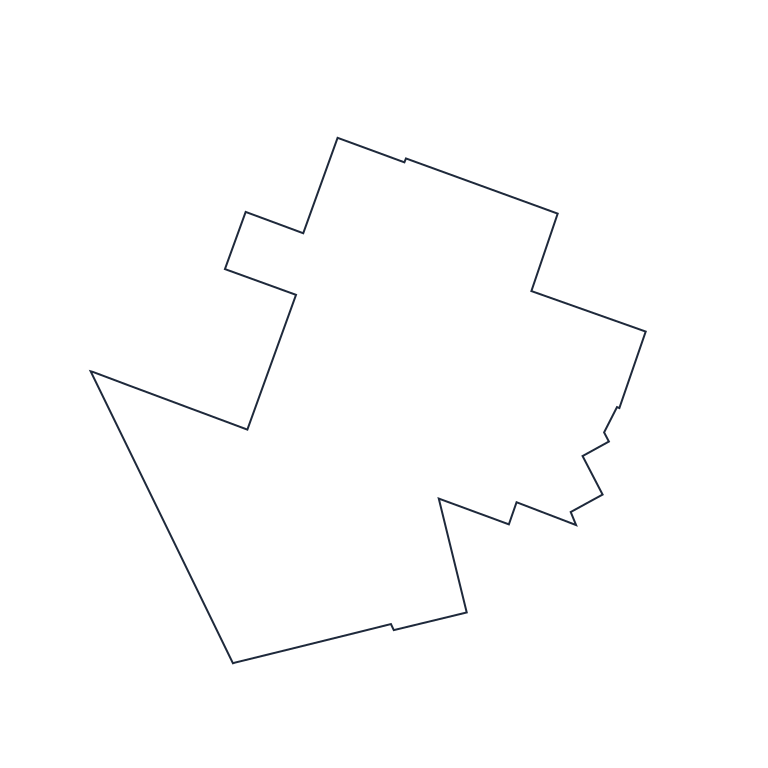 General Pinto, Buenos Aires, Argentina, rotated 244°
{"feature_id": "61730980B27788441407365", "entity_name": "General Pinto", "entity_type": "district", "adm_level": 2, "iso_a3": "ARG", "parent_name": "Argentina", "parent_adm1": "Buenos Aires", "projection": "robinson", "projection_center": [-62.056, -34.684], "detail": "fine", "context": "isolated", "style": "outline", "palette": "slate", "viewbox_px": 768, "rotation_deg": 244, "n_neighbors": 0, "source": "geoboundaries", "source_scale": "gbopen_adm2", "svg_char_len": 634}
<svg xmlns="http://www.w3.org/2000/svg" viewBox="0 0 768 768"><g transform="rotate(244 384 384)"><path d="M599.3,335.1L557.0,291.4L502.7,344.0L402.9,241.2L494.8,153.8L522.2,127.9L523.2,126.8L524.0,125.9L523.1,125.9L520.3,125.9L345.2,125.9L200.1,125.8L199.2,125.8L199.0,127.3L198.9,128.0L190.5,166.8L171.5,255.3L165.2,285.0L158.5,284.9L142.4,358.2L257.0,383.0L203.1,434.7L219.6,451.3L173.0,494.8L187.1,495.7L188.8,532.0L232.2,530.9L233.7,560.9L244.0,560.6L261.1,583.3L259.2,585.0L316.4,642.2L402.9,557.2L461.0,614.8L577.1,502.6L574.3,499.5L625.6,450.2L554.9,377.5L599.3,335.1Z" fill="none" stroke="#1e293b" stroke-width="2"/></g></svg>